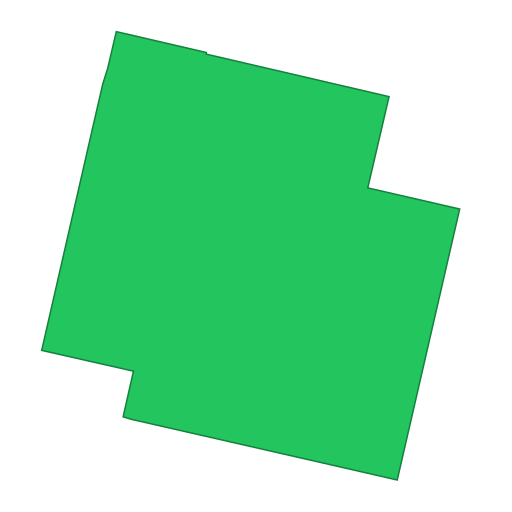 Coal, Oklahoma, United States of America, rotated 103°
{"feature_id": "52423323B50350811267407", "entity_name": "Coal", "entity_type": "district", "adm_level": 2, "iso_a3": "USA", "parent_name": "United States of America", "parent_adm1": "Oklahoma", "projection": "albers", "projection_center": [-96.329, 34.593], "detail": "fine", "context": "isolated", "style": "filled", "palette": "green", "viewbox_px": 512, "rotation_deg": 103, "n_neighbors": 0, "source": "geoboundaries", "source_scale": "gbopen_adm2", "svg_char_len": 357}
<svg xmlns="http://www.w3.org/2000/svg" viewBox="0 0 512 512"><g transform="rotate(103 256 256)"><path d="M163.4,444.0L396.2,443.6L395.8,349.5L442.6,349.3L443.2,340.8L442.7,161.6L442.5,68.0L164.4,68.1L164.5,162.4L70.8,162.2L70.5,350.0L68.9,350.2L68.8,442.6L106.2,442.7L122.8,444.0L163.4,444.0Z" fill="#22c55e" stroke="#15803d" stroke-width="1.5"/></g></svg>